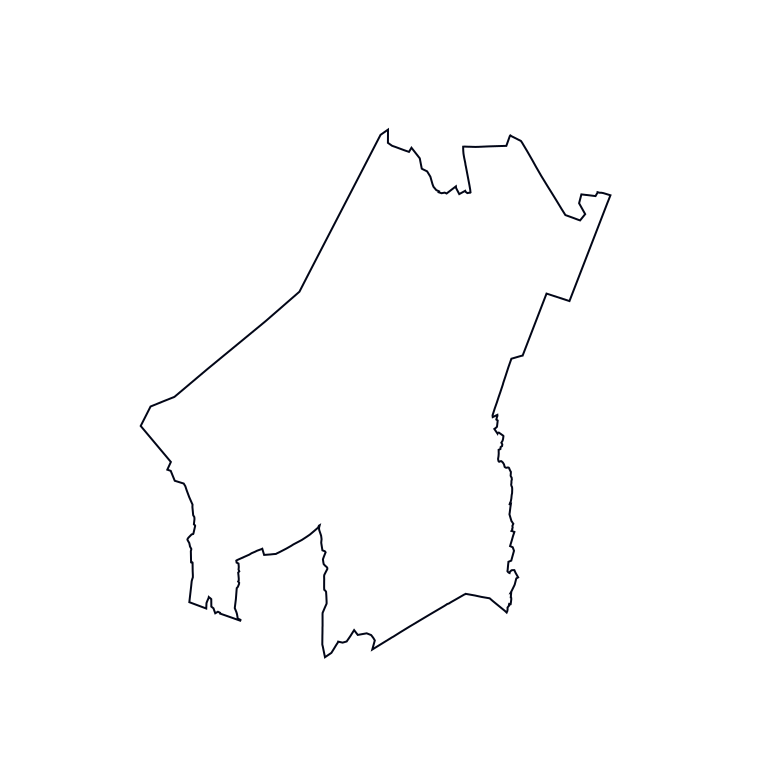 outline of Atašienes pag., Krustpils, Latvia, rotated 294°
{"feature_id": "27541924B82770097220603", "entity_name": "Atašienes pag.", "entity_type": "district", "adm_level": 2, "iso_a3": "LVA", "parent_name": "Latvia", "parent_adm1": "Krustpils", "projection": "natural_earth1", "projection_center": [26.419, 56.547], "detail": "fine", "context": "isolated", "style": "outline", "palette": "ink", "viewbox_px": 768, "rotation_deg": 294, "n_neighbors": 0, "source": "geoboundaries", "source_scale": "gbopen_adm2", "svg_char_len": 5998}
<svg xmlns="http://www.w3.org/2000/svg" viewBox="0 0 768 768"><g transform="rotate(294 384 384)"><path d="M246.7,178.8L226.1,221.0L217.6,220.9L217.9,224.5L210.5,232.2L211.6,241.5L209.8,244.1L206.7,246.9L201.5,252.0L196.4,257.6L196.3,257.8L196.0,258.1L193.7,259.0L186.6,263.0L186.4,263.2L185.4,264.7L185.2,264.9L183.9,265.6L183.5,265.8L178.5,267.4L178.0,268.8L177.6,269.2L169.9,270.7L169.4,270.7L168.3,269.4L164.2,267.9L163.3,267.7L162.9,267.6L161.9,267.7L161.4,268.2L159.5,270.8L157.2,272.5L156.7,272.8L155.0,275.0L154.2,275.3L152.8,275.5L142.6,280.3L142.5,280.6L142.6,280.9L143.1,281.5L142.9,281.8L135.3,285.3L131.7,287.1L129.7,288.0L127.6,288.2L125.7,288.5L120.5,290.2L105.5,294.9L106.6,312.9L111.5,311.0L111.9,310.9L114.1,310.8L116.0,310.8L117.1,310.8L118.1,310.6L117.9,311.2L117.6,312.6L117.2,313.7L110.4,316.8L109.7,319.5L108.6,320.5L105.9,323.1L108.4,324.9L108.4,325.0L108.3,327.4L108.2,327.5L107.6,327.7L108.1,333.5L108.2,334.8L108.7,340.8L109.3,348.9L110.1,348.9L110.2,348.6L110.2,345.8L112.5,344.3L114.1,343.2L115.5,342.0L118.6,338.8L127.2,336.2L137.6,332.5L139.3,333.0L142.4,332.9L143.7,332.4L144.2,331.1L145.4,331.2L147.1,330.5L150.0,328.9L152.4,327.5L154.0,328.0L155.3,326.6L157.7,325.8L160.8,324.1L160.9,322.0L162.6,320.9L163.6,321.6L173.4,330.4L175.5,331.8L178.4,334.5L179.9,335.7L180.1,335.9L183.0,338.9L184.0,339.8L179.1,344.0L182.0,349.4L183.5,352.0L184.8,354.4L185.4,354.8L188.0,357.0L194.0,361.8L198.5,365.1L200.5,366.4L207.5,371.9L207.9,372.2L208.0,372.3L212.8,375.4L216.2,377.5L220.7,379.7L226.0,382.2L228.1,382.2L228.8,382.7L226.4,383.1L225.8,383.3L224.4,384.1L223.7,384.7L219.9,388.2L218.3,389.2L216.8,390.1L214.0,391.0L213.3,391.3L209.9,393.5L207.0,395.4L207.1,397.4L207.1,398.1L206.5,399.1L201.7,399.3L199.0,399.5L196.3,401.2L194.9,402.2L194.0,404.3L193.8,405.1L193.4,406.3L192.8,407.1L192.3,407.3L191.7,407.5L190.9,407.4L185.4,407.1L184.2,407.4L180.8,409.0L179.8,409.4L173.9,412.0L172.5,412.7L171.7,413.1L171.3,414.5L171.2,414.6L170.8,415.3L170.6,415.6L167.0,417.5L164.0,419.0L162.6,419.7L160.5,420.7L159.8,420.9L155.7,420.9L150.7,421.0L150.0,421.0L149.5,421.2L148.9,421.4L138.2,426.2L136.4,426.9L133.7,428.1L130.2,429.6L129.9,429.7L120.9,433.6L119.1,435.0L112.9,439.4L111.4,440.5L110.4,441.2L116.8,445.2L117.0,445.3L122.1,446.0L124.5,446.3L126.1,446.5L128.0,446.8L129.0,447.0L130.0,446.9L130.9,451.4L133.6,454.6L140.0,455.8L147.0,456.8L144.1,462.1L146.9,466.2L149.2,469.6L149.4,474.4L147.7,477.5L146.0,479.9L136.7,481.3L146.5,488.0L156.0,494.5L157.0,495.3L163.9,499.9L173.5,506.5L192.5,519.9L205.8,529.4L208.4,531.1L208.7,531.2L209.7,532.4L212.2,534.1L217.9,538.3L224.5,543.1L224.8,543.4L225.0,543.7L225.5,543.9L227.8,553.2L228.2,555.2L229.2,559.9L231.2,567.7L230.0,571.6L225.9,586.7L225.1,589.0L226.0,589.0L226.8,589.0L228.6,588.5L229.9,587.8L230.2,587.8L232.8,588.5L233.0,588.0L234.1,587.8L234.5,589.2L236.0,588.8L239.2,587.8L240.2,587.3L241.0,586.7L240.9,586.5L245.0,585.1L244.6,584.6L247.3,584.8L252.8,585.0L253.4,585.0L253.9,585.0L259.2,584.1L259.7,584.0L260.1,584.0L260.3,584.0L261.9,585.2L264.1,582.2L265.0,581.0L265.7,580.2L266.8,579.0L267.0,578.8L267.0,578.7L266.2,577.1L265.8,576.4L265.6,576.2L263.5,575.4L262.4,575.6L262.4,574.6L262.8,573.5L263.2,572.9L263.9,572.7L264.0,572.7L264.4,572.6L268.8,571.1L271.6,570.2L272.2,570.0L274.4,572.1L277.7,571.6L284.5,570.6L287.2,568.0L287.2,565.1L293.5,564.3L297.6,563.7L301.9,563.3L301.9,562.9L301.6,560.2L303.2,560.4L303.9,560.0L305.0,560.0L306.6,559.0L308.9,559.0L309.6,557.8L310.2,557.0L310.6,556.2L311.2,555.7L312.8,554.3L316.0,551.6L316.7,551.4L317.2,551.3L323.1,549.5L326.1,548.7L325.2,547.8L325.2,547.7L326.8,547.5L328.1,547.6L329.1,547.4L331.2,546.9L334.5,545.8L336.4,545.4L340.3,543.8L341.9,542.9L342.8,541.8L343.8,541.1L345.6,540.6L346.4,540.2L347.5,539.8L348.6,539.7L349.5,539.2L350.5,538.6L351.0,537.7L351.7,537.0L354.5,536.0L355.4,535.6L356.0,534.7L357.3,533.2L357.9,532.7L358.2,532.2L358.3,532.0L358.2,531.3L358.0,530.9L357.5,530.3L357.2,529.7L357.1,529.1L357.3,528.0L357.5,527.8L359.3,526.4L360.5,524.7L360.8,524.0L361.2,522.7L361.2,522.4L360.9,521.9L359.9,521.0L359.8,520.6L360.1,520.0L361.3,519.1L361.9,518.7L364.6,518.0L366.0,517.5L367.1,517.1L370.5,515.5L371.9,516.8L373.8,516.2L375.4,517.1L377.0,516.6L378.1,515.1L380.4,515.4L382.3,515.1L384.7,514.4L385.0,514.3L385.2,514.1L385.3,513.8L385.4,513.3L386.3,508.8L386.3,508.6L385.5,507.7L384.9,507.8L387.8,503.1L389.6,504.1L390.9,504.6L395.4,503.2L396.9,502.7L397.1,501.7L397.2,501.1L401.1,500.4L401.2,500.5L401.9,500.1L398.0,496.8L398.8,496.3L399.6,495.9L406.9,495.1L413.2,494.6L416.0,494.3L419.0,494.0L423.7,493.6L431.8,492.8L433.6,492.5L439.8,491.9L450.1,490.8L458.9,490.1L464.4,496.6L466.3,498.9L466.2,498.9L466.3,499.1L532.7,495.7L535.2,519.7L641.1,514.4L641.7,514.4L648.5,514.1L647.9,509.1L647.6,506.7L647.1,504.7L646.3,502.8L646.3,502.3L646.1,501.1L645.6,501.3L644.6,501.1L641.7,500.8L639.3,492.9L638.8,491.4L637.5,487.2L628.5,488.7L627.8,489.6L621.0,498.7L613.2,496.6L613.0,494.2L612.7,489.1L612.3,483.5L612.1,481.0L616.0,475.2L621.9,466.7L626.6,459.8L631.4,452.7L638.0,443.1L644.4,434.3L649.0,428.2L655.2,419.7L659.0,414.3L660.5,412.2L661.7,410.3L662.1,402.7L662.2,400.0L662.5,398.3L661.7,398.1L651.3,398.9L647.8,391.6L643.6,382.9L639.3,374.3L638.1,371.8L637.9,371.4L637.1,369.5L635.2,364.8L634.5,363.2L634.0,361.9L633.7,361.1L633.0,359.8L631.2,360.6L629.0,361.7L626.8,362.9L624.8,364.2L622.9,365.5L619.0,368.3L617.1,369.5L616.2,370.2L600.2,381.3L598.4,382.5L596.6,383.7L594.2,385.1L593.7,384.8L593.5,384.2L592.3,382.5L592.8,380.3L593.5,379.6L588.1,375.5L592.3,370.2L593.8,369.3L583.5,363.7L583.5,361.6L581.7,359.0L581.4,355.9L582.4,355.9L582.4,352.9L584.3,349.0L586.2,347.1L592.3,342.0L592.9,341.1L595.8,336.9L596.0,331.4L596.1,330.9L603.1,326.0L604.7,324.9L611.0,313.0L606.2,312.4L605.8,307.5L605.2,298.0L604.9,294.5L605.9,289.5L618.0,284.2L610.2,279.5L541.9,275.5L467.3,271.1L453.6,270.3L433.9,269.2L393.1,250.2L326.0,216.7L287.0,197.8L278.9,189.9L271.4,182.7L268.5,179.9L246.7,178.8Z" fill="none" stroke="#020617" stroke-width="2"/></g></svg>